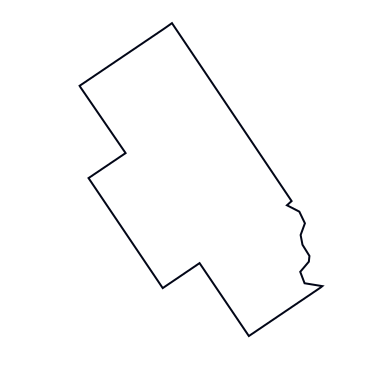 Payne, Oklahoma, United States of America, rotated 236°
{"feature_id": "52423323B99692802996111", "entity_name": "Payne", "entity_type": "district", "adm_level": 2, "iso_a3": "USA", "parent_name": "United States of America", "parent_adm1": "Oklahoma", "projection": "natural_earth1", "projection_center": [-97.08, 36.094], "detail": "fine", "context": "isolated", "style": "outline", "palette": "ink", "viewbox_px": 384, "rotation_deg": 236, "n_neighbors": 0, "source": "geoboundaries", "source_scale": "gbopen_adm2", "svg_char_len": 433}
<svg xmlns="http://www.w3.org/2000/svg" viewBox="0 0 384 384"><g transform="rotate(236 192 192)"><path d="M128.8,269.5L343.2,269.8L343.0,260.7L342.9,158.2L340.8,158.1L261.4,158.7L261.4,114.0L217.7,114.0L128.7,114.0L128.8,158.5L40.8,158.6L40.9,245.3L41.1,247.4L53.4,234.3L65.3,237.1L68.9,249.9L73.3,253.6L86.5,254.1L95.6,258.0L102.9,268.1L115.7,270.0L127.9,263.3L128.8,269.5Z" fill="none" stroke="#020617" stroke-width="2"/></g></svg>